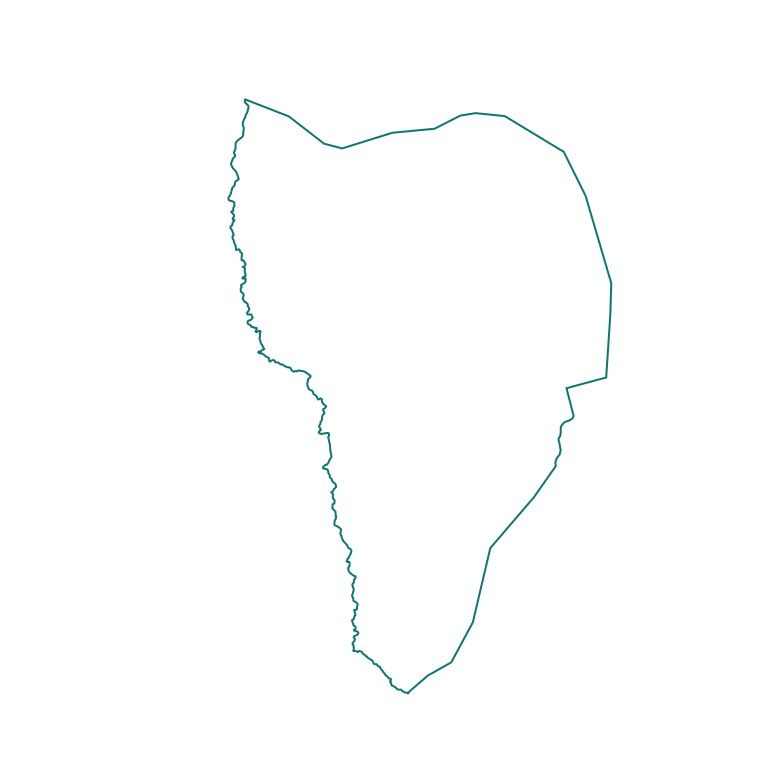 the district of Bayannuur, Bayan-Ölgiy, Mongolia, rotated 196°
{"feature_id": "93677404B56140386590305", "entity_name": "Bayannuur", "entity_type": "district", "adm_level": 2, "iso_a3": "MNG", "parent_name": "Mongolia", "parent_adm1": "Bayan-Ölgiy", "projection": "mercator", "projection_center": [91.081, 48.956], "detail": "fine", "context": "isolated", "style": "outline", "palette": "teal", "viewbox_px": 768, "rotation_deg": 196, "n_neighbors": 0, "source": "geoboundaries", "source_scale": "gbopen_adm2", "svg_char_len": 6151}
<svg xmlns="http://www.w3.org/2000/svg" viewBox="0 0 768 768"><g transform="rotate(196 384 384)"><path d="M275.2,656.7L341.8,674.8L370.6,669.6L384.5,663.1L405.8,643.3L445.2,627.8L489.2,598.9L507.9,598.5L549.2,615.0L595.8,619.3L595.8,618.4L595.6,617.3L594.9,616.1L591.1,614.1L590.4,612.4L590.5,611.0L590.2,608.6L591.0,604.0L591.0,601.7L591.5,600.1L591.7,596.7L591.5,595.1L591.1,594.0L589.6,592.0L589.1,590.6L588.7,586.9L588.0,584.8L588.0,583.8L588.6,582.0L591.6,578.1L592.7,576.0L592.9,574.5L592.6,572.9L591.8,570.2L591.6,568.5L592.1,565.4L591.1,563.8L590.3,563.2L590.1,562.3L590.2,561.3L590.8,560.2L591.4,558.8L591.8,553.6L590.8,552.0L588.8,549.9L584.7,547.3L583.4,545.8L580.2,541.1L580.8,539.6L582.3,538.2L582.7,537.2L582.6,534.9L582.3,534.2L582.4,533.3L582.9,532.8L583.8,530.7L583.9,529.9L583.7,525.0L584.1,522.4L584.7,520.8L584.8,519.8L584.5,518.9L583.4,517.8L580.0,517.9L577.9,517.2L577.6,515.4L576.8,514.2L577.4,511.6L577.1,510.4L576.9,510.0L576.8,508.7L577.0,508.4L578.3,507.6L578.2,507.3L575.1,505.3L574.6,504.8L574.3,503.5L575.0,502.0L575.0,501.1L574.6,500.5L573.4,500.6L572.8,500.0L573.8,497.8L573.9,496.0L573.6,494.8L574.9,493.2L574.8,492.3L574.6,491.6L572.8,490.2L570.0,486.7L569.6,485.7L570.3,484.8L570.0,483.1L569.7,482.3L567.8,480.2L566.9,478.4L564.5,475.7L563.4,472.4L562.9,472.2L560.7,473.4L560.2,473.4L559.8,473.1L558.6,471.4L557.0,470.6L556.2,469.8L555.9,466.9L555.1,463.9L554.5,463.7L553.1,464.1L550.4,461.5L550.1,460.9L550.1,460.0L550.8,458.7L551.8,457.6L549.8,457.2L549.4,456.7L549.3,455.0L549.1,454.3L546.8,449.9L547.2,449.1L548.8,448.2L549.2,447.2L549.2,446.8L548.6,446.4L546.8,447.2L546.0,447.0L545.4,444.7L545.8,442.9L546.7,441.7L547.8,440.9L548.7,439.5L548.5,439.0L547.5,437.9L548.0,436.2L547.9,435.6L547.3,433.9L546.7,433.1L544.4,432.2L543.4,431.0L543.3,430.4L543.4,427.3L543.0,426.6L540.8,424.6L539.4,424.6L538.7,423.9L537.4,423.5L536.9,423.0L536.4,421.3L535.3,420.5L534.2,419.0L534.0,418.1L534.9,415.9L535.2,414.6L534.6,413.4L534.2,413.3L530.8,414.2L528.6,411.7L528.6,411.3L529.6,409.1L530.2,408.3L531.6,407.7L532.1,406.9L532.2,406.1L532.1,405.2L531.3,404.3L528.5,403.6L527.1,402.4L525.3,402.7L524.1,402.2L522.6,402.8L521.8,402.6L521.6,402.1L521.5,401.4L522.0,399.3L521.6,398.8L520.8,398.8L518.8,400.5L517.8,400.8L517.2,400.5L517.3,398.3L516.3,395.9L516.4,393.9L513.5,389.1L511.2,387.2L508.8,384.5L511.0,382.6L511.0,382.2L511.7,381.0L512.7,381.0L513.3,380.6L513.6,379.9L513.3,379.5L512.0,379.2L510.0,379.7L507.7,379.2L504.7,377.7L502.1,377.4L501.7,376.8L500.9,374.8L500.2,374.1L499.2,374.7L497.8,376.2L496.1,376.6L495.6,376.3L494.8,375.2L494.0,375.0L491.4,375.5L488.9,374.3L486.9,374.8L484.9,374.0L482.0,373.4L479.8,373.8L478.5,373.7L476.4,371.7L474.6,371.0L474.1,371.0L472.7,372.0L471.3,372.1L469.7,373.6L467.3,373.7L466.4,373.9L464.2,374.0L462.0,373.6L461.3,373.1L457.9,372.1L456.7,371.3L456.7,370.4L458.2,367.9L458.3,367.2L457.9,366.5L458.1,365.7L457.8,363.1L457.5,362.0L455.1,358.6L454.1,358.1L451.5,357.7L450.7,357.3L450.1,356.9L449.1,355.0L446.7,354.3L445.3,353.4L443.1,351.0L442.4,351.3L441.2,352.6L440.3,352.6L439.6,352.2L439.3,351.6L439.2,350.6L438.8,350.0L437.9,349.0L436.4,347.9L434.1,346.9L433.4,346.3L433.9,344.8L435.4,343.0L435.5,342.4L435.1,341.6L433.8,340.6L433.4,339.8L433.3,339.0L434.4,337.4L434.4,334.4L433.9,332.9L433.8,332.1L434.5,330.1L434.2,328.1L434.8,325.9L434.2,324.7L432.2,322.8L432.2,322.2L433.4,320.4L433.4,319.6L432.9,319.1L432.1,318.7L430.4,318.8L424.8,321.4L423.8,321.4L423.1,320.9L422.6,319.3L422.9,317.9L422.8,317.1L419.3,310.8L416.9,304.4L415.6,302.2L414.4,299.3L415.5,295.7L415.6,293.8L416.3,291.4L416.5,290.9L417.6,290.5L419.3,288.1L419.6,287.5L419.4,286.4L418.3,286.1L416.5,286.3L414.7,286.1L414.2,285.7L412.9,283.1L410.9,281.2L410.4,279.4L408.1,278.2L406.8,276.2L406.2,275.7L403.4,274.7L401.9,272.7L401.7,271.8L403.2,268.9L403.4,267.3L404.7,265.8L404.7,265.2L402.7,264.2L402.1,261.4L401.7,260.4L400.8,259.4L400.0,259.2L399.0,257.2L398.9,255.8L399.1,255.1L400.1,254.4L400.2,253.9L399.8,252.6L399.5,250.4L395.5,248.0L394.2,244.1L393.7,243.9L393.1,241.2L393.7,239.1L393.2,235.7L393.0,235.1L392.6,234.8L389.0,234.1L386.9,233.4L385.5,232.6L385.1,231.9L384.9,230.6L384.8,228.3L384.5,227.7L383.0,226.3L382.3,224.7L379.8,221.8L375.4,219.2L373.1,216.6L370.9,216.2L369.6,215.0L369.3,214.5L369.2,212.5L369.5,210.5L370.0,208.6L370.0,207.2L370.8,205.9L371.0,203.3L370.0,202.8L369.0,203.4L368.5,203.4L367.9,202.7L367.5,202.0L367.0,199.3L367.6,197.9L367.5,196.7L367.0,195.3L365.2,193.4L360.9,191.5L358.4,191.2L357.9,190.0L358.8,187.7L358.8,187.0L358.2,185.6L358.5,184.6L359.0,183.7L359.1,182.5L358.9,181.7L356.6,178.5L356.3,177.6L356.4,172.3L356.0,171.0L354.5,169.6L353.8,167.5L353.3,167.1L350.4,166.4L348.8,165.2L348.4,164.2L348.6,162.3L348.5,161.7L348.0,160.8L348.0,160.1L348.6,159.2L350.2,158.7L350.2,158.2L347.9,154.4L347.9,153.9L348.4,152.7L348.2,150.8L348.4,150.4L348.4,149.3L349.5,148.5L349.5,148.0L348.8,146.6L346.6,143.5L344.6,143.0L344.1,142.0L343.9,140.9L344.0,140.5L345.1,139.4L344.9,138.8L340.9,138.6L340.0,137.4L340.0,136.6L340.3,135.9L343.2,133.2L343.3,132.2L343.1,131.8L341.7,130.8L341.5,130.4L341.7,128.8L342.8,126.1L342.2,125.0L341.6,124.8L341.3,124.5L341.2,123.7L340.2,122.0L340.0,121.2L340.1,119.5L339.9,119.1L339.3,118.9L338.0,119.6L335.7,119.1L335.4,119.1L334.7,120.3L334.2,120.6L331.5,120.4L330.0,118.9L327.4,118.1L326.2,117.3L325.5,117.4L324.6,116.6L318.8,114.8L316.9,112.5L316.0,112.1L314.1,112.6L313.4,112.3L312.2,111.3L310.1,111.0L309.1,109.8L301.9,104.4L300.4,103.9L298.2,102.3L296.8,102.6L296.4,102.4L295.7,101.8L295.6,101.4L295.7,100.9L296.1,100.4L296.1,99.4L295.1,98.9L294.4,98.0L294.1,96.9L293.3,96.3L289.9,95.8L287.0,94.2L285.9,94.2L283.3,94.9L281.8,93.9L279.6,93.4L278.2,93.3L276.3,93.7L275.7,93.2L274.8,95.5L261.3,116.0L242.6,135.0L232.9,179.4L236.6,255.6L208.7,316.4L196.2,352.6L197.6,355.5L197.7,358.2L197.3,360.7L195.7,364.5L196.0,369.5L196.8,370.6L199.1,375.6L200.3,377.2L201.2,379.5L200.4,382.3L200.5,384.8L201.3,388.2L201.9,389.7L202.0,392.4L201.5,394.1L200.4,396.4L198.8,398.0L196.5,399.5L193.7,402.3L193.1,403.6L193.0,405.7L207.4,430.3L172.2,451.5L185.7,513.6L193.3,543.5L241.9,620.2L275.2,656.7Z" fill="none" stroke="#0f766e" stroke-width="2"/></g></svg>